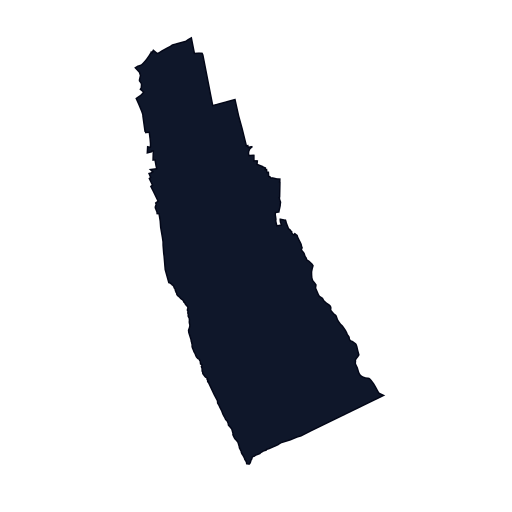 Santimbru, Harghita, Romania, rotated 278°
{"feature_id": "2599482B67016259276706", "entity_name": "Santimbru", "entity_type": "district", "adm_level": 2, "iso_a3": "ROU", "parent_name": "Romania", "parent_adm1": "Harghita", "projection": "orthographic", "projection_center": [25.81, 46.263], "detail": "fine", "context": "isolated", "style": "filled", "palette": "ink", "viewbox_px": 512, "rotation_deg": 278, "n_neighbors": 0, "source": "geoboundaries", "source_scale": "gbopen_adm2", "svg_char_len": 6065}
<svg xmlns="http://www.w3.org/2000/svg" viewBox="0 0 512 512"><g transform="rotate(278 256 256)"><path d="M135.7,401.7L137.2,396.9L138.8,395.5L142.9,392.5L145.8,390.2L148.8,387.2L150.1,385.6L150.5,384.8L150.5,383.7L150.4,381.5L151.0,378.6L151.6,377.1L152.7,375.5L153.9,374.5L155.2,373.7L159.4,371.8L161.9,370.1L163.3,369.3L164.0,369.2L165.3,369.2L166.4,368.9L167.0,369.0L167.8,369.2L169.3,370.0L170.4,370.7L172.4,371.6L176.4,369.9L180.1,368.5L181.9,367.6L182.8,366.9L183.6,365.4L184.7,363.4L185.0,361.9L185.2,361.3L185.8,360.7L186.5,360.1L187.2,359.8L188.1,359.6L188.8,359.3L189.5,358.7L190.7,357.5L191.2,357.0L192.0,356.8L194.7,354.9L196.8,353.0L198.6,351.3L199.3,350.4L200.0,349.3L201.1,348.2L202.7,346.7L204.2,345.5L207.7,343.7L208.4,343.0L209.4,341.1L210.4,340.0L211.8,338.4L212.6,337.6L213.0,337.4L215.1,337.3L216.1,336.9L216.9,336.3L217.8,335.0L219.1,332.2L221.2,329.2L223.3,327.7L224.5,325.2L224.7,324.5L226.4,323.1L228.4,321.9L232.5,319.4L235.7,319.4L237.4,317.8L239.5,315.5L242.1,314.3L244.9,313.7L248.1,313.2L251.5,313.4L254.3,313.8L255.7,312.6L258.3,308.9L259.0,307.0L260.0,306.4L260.9,306.0L262.4,304.6L265.1,303.3L266.2,302.4L267.1,301.2L268.8,299.9L270.5,300.5L272.0,299.7L273.9,299.0L275.9,297.7L277.1,296.8L280.4,294.6L282.1,293.8L282.7,292.6L283.3,291.7L283.5,291.3L281.9,290.6L282.8,289.3L283.5,288.2L283.9,288.1L284.8,288.1L285.8,286.8L286.7,286.0L287.5,284.4L292.7,281.5L293.0,281.3L293.9,281.0L295.6,280.2L295.5,279.7L295.5,279.1L295.6,278.1L295.8,274.9L295.3,274.9L293.0,275.5L292.0,276.0L291.3,276.6L290.8,276.7L290.2,276.8L289.3,274.2L288.7,272.5L291.6,271.3L294.2,270.4L294.3,270.6L295.1,270.6L298.0,269.8L298.9,269.5L299.6,269.3L300.5,269.2L301.3,269.3L301.8,269.2L302.8,272.5L303.6,272.5L305.1,272.6L306.2,272.7L309.1,272.9L310.3,272.8L312.7,272.8L315.2,271.5L316.3,271.2L317.1,270.8L317.6,271.2L332.5,269.4L332.6,269.0L333.8,269.1L335.5,268.9L335.2,265.9L335.5,262.9L335.6,261.4L335.3,260.0L335.8,259.2L336.2,259.0L336.5,258.5L336.6,257.4L340.6,256.6L340.2,255.2L343.1,254.4L342.8,253.1L344.5,253.0L345.1,250.5L344.9,250.4L345.2,249.5L345.6,249.7L346.9,244.2L350.3,244.1L350.3,243.4L349.9,240.7L355.4,239.9L355.4,239.5L354.8,236.6L354.4,235.1L356.4,234.3L358.5,234.2L361.0,234.8L363.1,236.4L363.8,237.2L363.4,235.7L362.9,234.3L362.3,233.3L364.2,232.5L363.5,231.2L380.2,224.5L392.2,219.3L408.0,213.4L398.9,192.2L411.6,187.8L447.6,175.4L449.2,174.4L448.9,171.3L448.0,166.8L463.0,161.6L460.7,158.6L458.9,156.8L453.6,144.4L452.8,143.2L452.3,142.8L451.4,141.8L449.6,139.2L448.1,137.2L446.6,135.2L446.2,134.6L444.5,132.7L443.4,131.3L442.8,129.9L445.4,125.7L442.9,124.8L443.3,124.0L443.2,124.0L439.5,122.4L435.4,120.3L433.9,119.4L431.2,117.6L429.5,116.3L429.1,115.8L428.6,114.9L428.0,113.7L427.8,113.3L427.7,113.0L427.6,112.7L425.6,110.3L421.8,115.0L418.7,116.5L414.0,116.1L413.2,116.3L411.5,118.0L410.5,118.6L409.5,118.8L406.5,119.0L405.0,118.3L402.7,122.0L401.2,121.1L399.7,120.1L398.8,119.3L397.0,117.3L395.3,115.5L389.9,118.9L383.6,122.6L380.9,124.0L379.5,124.5L379.0,124.5L364.2,128.7L364.3,129.2L362.9,129.6L363.7,133.1L357.1,134.9L352.2,136.0L351.9,136.0L349.3,136.3L348.9,136.2L348.9,135.8L349.1,133.5L343.0,134.0L344.6,137.9L345.4,138.1L345.7,139.7L336.7,140.7L337.2,142.6L331.4,144.5L328.6,145.6L326.9,139.4L325.0,142.1L323.6,140.5L322.8,138.6L319.1,140.8L317.9,139.6L311.7,143.7L310.3,142.2L305.6,145.5L296.6,151.5L294.9,149.6L294.5,149.3L293.5,150.0L293.2,150.0L290.9,149.5L290.2,149.5L289.5,149.7L288.0,150.6L286.7,151.3L286.3,151.6L286.0,151.8L284.2,152.2L284.4,154.1L277.3,156.3L271.2,157.6L261.5,160.7L257.1,162.0L253.7,162.5L246.0,164.2L243.1,165.0L229.9,168.0L222.3,171.3L217.5,173.4L217.4,174.3L217.2,175.2L216.9,175.3L217.0,175.7L216.6,176.2L216.5,176.4L215.9,176.8L215.7,177.1L215.7,177.4L215.5,177.7L215.5,177.8L215.3,177.9L215.1,178.2L214.9,178.4L214.6,178.8L214.0,179.0L213.6,179.3L213.1,179.4L212.4,180.4L211.3,180.7L210.0,181.3L209.9,181.7L208.9,181.9L208.3,182.6L207.8,182.7L206.9,183.0L205.8,184.0L205.5,184.7L204.5,186.2L203.6,187.2L203.0,188.1L202.4,189.5L201.0,190.7L200.4,190.9L200.1,191.5L199.9,192.2L199.1,192.5L198.9,192.4L198.4,193.0L197.5,193.8L196.4,195.3L195.8,195.6L195.2,195.8L194.4,195.9L194.0,195.6L193.8,195.6L193.1,195.6L192.6,195.7L192.2,195.9L192.0,196.2L191.5,196.5L191.3,196.5L190.5,196.4L190.2,196.4L189.6,196.6L189.2,197.0L187.1,197.2L186.8,197.3L185.0,198.6L184.7,198.7L182.5,199.1L181.4,199.1L179.7,199.6L179.3,199.8L178.5,200.1L177.6,200.2L177.2,200.2L175.8,200.1L174.9,199.9L173.5,199.6L172.6,199.6L171.5,200.0L170.9,200.1L164.2,203.3L163.5,203.5L162.7,203.7L161.7,204.2L160.5,204.6L160.1,204.9L159.6,205.0L158.0,205.3L157.5,205.3L156.8,205.6L156.1,205.9L153.8,207.3L152.6,207.9L152.1,208.3L151.0,209.2L150.3,209.6L149.3,210.1L147.9,211.0L147.4,211.5L147.2,211.8L146.6,212.4L146.4,212.7L146.1,213.7L146.0,213.8L145.9,214.0L145.7,214.2L145.6,214.4L144.8,214.7L144.8,214.9L144.6,215.1L144.5,215.3L144.2,215.4L141.4,216.1L141.1,216.7L140.9,217.3L140.6,217.8L140.3,217.9L139.9,217.8L139.5,217.6L139.1,217.3L138.3,217.6L137.1,218.3L135.7,218.5L135.1,218.6L134.5,218.7L133.9,219.2L133.5,219.4L132.2,219.7L130.8,221.1L130.6,221.3L130.6,221.2L129.8,222.0L129.1,222.8L128.7,223.8L128.2,224.4L128.0,224.8L127.8,225.0L127.4,225.3L127.1,225.3L126.9,224.9L125.4,226.0L125.2,225.6L124.7,225.7L124.5,226.4L124.1,226.6L112.8,234.0L107.3,238.0L105.0,238.5L103.8,239.5L102.5,240.5L101.7,240.9L97.9,243.6L94.9,245.2L92.5,246.9L92.0,247.4L89.9,248.7L88.7,250.3L87.9,250.9L86.5,251.7L84.6,252.3L83.4,253.8L81.3,256.1L76.9,258.0L75.8,258.0L72.9,259.9L71.6,261.1L71.1,261.9L69.6,263.5L69.0,264.1L64.4,266.2L63.8,266.2L61.0,268.2L60.4,268.6L59.5,268.8L58.0,269.7L57.6,270.2L55.7,271.7L53.9,272.9L53.1,273.2L51.2,274.8L50.4,275.3L49.0,275.7L49.0,276.5L49.0,278.2L49.7,278.7L50.7,279.1L52.0,279.3L53.2,279.4L53.7,279.8L54.8,280.1L56.2,280.2L57.0,280.9L57.5,282.1L58.7,283.3L60.9,287.3L62.0,288.0L62.8,289.1L64.0,290.5L65.1,293.0L66.1,293.6L67.0,295.6L72.2,304.0L73.0,304.8L74.6,306.7L78.7,315.5L80.8,319.0L82.7,322.3L84.1,325.5L90.5,334.6L135.7,401.7Z" fill="#0f172a" stroke="#020617" stroke-width="1.5"/></g></svg>